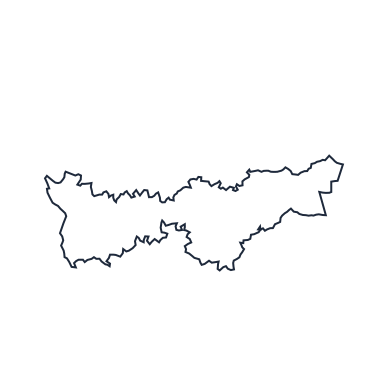 São Pedro do Iguaçu, Paraná, Brazil (Mercator projection), rotated 328°
{"feature_id": "56859067B95101539762084", "entity_name": "São Pedro do Iguaçu", "entity_type": "district", "adm_level": 2, "iso_a3": "BRA", "parent_name": "Brazil", "parent_adm1": "Paraná", "projection": "mercator", "projection_center": [-53.891, -24.887], "detail": "fine", "context": "isolated", "style": "outline", "palette": "slate", "viewbox_px": 384, "rotation_deg": 328, "n_neighbors": 0, "source": "geoboundaries", "source_scale": "gbopen_adm2", "svg_char_len": 3938}
<svg xmlns="http://www.w3.org/2000/svg" viewBox="0 0 384 384"><g transform="rotate(328 192 192)"><path d="M293.2,282.6L300.0,259.4L302.4,261.7L304.9,263.6L308.0,265.4L310.1,265.8L315.6,257.0L318.9,258.4L321.4,259.7L334.6,248.6L332.5,246.5L330.3,244.0L329.4,241.6L328.9,239.0L327.6,233.9L323.9,235.0L321.7,235.6L319.9,234.0L317.0,233.7L314.0,232.6L311.4,232.6L308.2,231.5L305.5,234.5L303.2,234.1L300.8,235.3L298.4,233.9L294.4,233.2L291.1,233.7L288.8,231.8L286.5,230.0L286.8,226.5L285.8,223.5L284.3,220.6L281.3,221.3L279.2,221.3L274.9,220.0L271.6,218.0L269.6,216.6L268.0,214.4L266.2,213.3L264.0,212.1L261.6,211.7L259.5,208.6L256.7,207.6L252.1,205.8L252.4,203.4L249.0,204.4L249.7,207.9L248.1,209.5L243.4,209.2L240.4,209.7L238.4,213.1L235.4,212.0L234.2,209.2L232.2,210.6L232.0,214.3L229.4,214.2L227.8,212.1L229.7,210.6L227.0,207.6L221.9,208.4L220.5,204.6L218.2,204.5L217.2,202.2L221.0,199.8L221.0,197.3L218.6,197.8L215.2,197.3L211.6,197.3L211.1,194.7L211.6,192.0L205.6,187.4L207.7,184.4L205.4,182.6L202.5,183.9L200.3,181.7L197.3,180.5L194.3,181.5L193.9,184.9L193.3,187.7L189.4,184.4L186.9,183.7L183.0,184.4L180.2,184.0L178.3,185.2L175.6,185.2L173.3,186.7L172.0,189.5L169.2,186.8L169.2,184.4L166.7,184.7L163.6,186.3L161.2,185.0L160.3,182.7L161.8,179.8L163.1,174.4L160.5,174.3L158.0,175.2L155.3,175.1L152.8,173.6L153.9,170.4L155.0,167.0L152.5,165.0L149.3,166.1L146.0,167.4L145.8,164.7L145.7,160.8L141.0,162.3L141.0,165.5L137.6,164.6L137.6,161.9L137.0,159.3L137.1,156.7L134.7,156.7L132.6,157.8L130.5,156.0L127.7,157.6L124.1,158.4L122.2,160.3L121.6,157.9L122.2,155.1L123.8,152.6L121.5,152.1L118.9,152.4L120.1,149.4L119.7,146.0L116.7,145.4L114.4,146.6L112.1,145.1L106.9,143.7L106.3,141.3L107.7,137.9L108.9,134.1L111.5,131.1L109.0,130.1L105.2,128.2L103.0,126.7L100.6,127.4L98.7,125.0L104.2,122.5L106.6,119.2L105.0,116.7L101.8,116.2L95.6,107.8L93.8,109.0L91.6,111.8L89.4,112.9L85.6,114.2L83.2,113.5L81.1,111.7L79.9,108.7L77.5,101.4L74.6,102.5L73.9,108.0L72.8,113.3L70.7,112.4L69.1,116.0L68.5,121.5L68.1,127.2L69.4,130.1L71.0,132.8L71.5,136.4L72.4,139.6L73.2,142.8L72.5,145.9L66.4,150.4L58.2,157.0L58.4,160.9L57.2,164.7L55.5,166.1L52.6,168.1L52.1,173.7L51.0,176.6L49.4,179.7L50.8,182.0L50.8,186.4L50.2,191.7L53.5,194.4L54.3,189.8L57.1,189.2L59.8,189.3L63.6,191.6L63.9,194.6L67.3,194.2L71.4,195.5L74.3,195.3L75.4,197.9L78.2,199.6L78.5,203.0L80.2,207.4L81.8,209.0L82.8,211.3L84.5,209.3L82.8,205.4L86.6,203.9L89.3,201.7L92.4,203.7L94.0,205.0L96.9,208.8L100.9,207.2L103.4,203.9L104.8,207.6L107.3,208.3L111.9,208.2L116.1,207.1L117.6,203.5L121.6,200.5L122.5,202.8L122.3,205.8L124.4,209.0L125.7,207.1L128.8,204.8L131.5,206.7L128.0,209.5L128.5,213.9L131.4,212.9L135.4,212.1L137.4,217.2L139.7,216.0L143.0,215.4L145.9,216.8L149.0,214.3L147.0,211.8L144.9,210.1L146.5,205.7L149.9,201.7L151.6,200.4L152.1,203.0L151.9,206.7L154.5,207.5L158.2,208.3L162.6,210.5L159.9,212.4L158.7,215.8L160.5,217.7L163.4,218.9L164.0,215.4L168.8,215.5L167.3,218.0L165.2,220.1L166.8,221.7L168.7,225.0L165.9,225.5L163.6,227.3L165.2,230.7L164.6,234.4L161.0,233.9L157.2,234.1L156.7,237.3L154.7,239.4L157.0,242.7L158.3,246.5L159.1,249.1L162.5,252.9L161.7,256.3L161.6,258.9L164.6,259.7L170.0,259.3L171.3,262.4L175.2,264.1L177.7,265.1L175.9,266.9L174.4,269.0L173.0,270.8L173.9,273.2L178.7,272.3L181.5,272.9L181.7,276.0L183.6,278.8L186.6,279.9L187.6,277.4L189.3,274.0L191.1,272.3L194.5,272.6L197.6,272.5L200.0,270.7L202.6,269.7L205.9,268.0L205.3,265.6L205.8,263.1L206.1,260.6L208.4,262.5L210.1,260.3L214.0,262.3L216.6,262.6L219.4,259.5L222.3,260.7L227.2,261.4L230.1,260.2L232.9,260.4L233.3,263.5L235.7,263.5L239.1,264.1L241.5,265.5L245.3,263.3L248.4,263.8L250.9,264.1L253.4,260.9L255.9,259.8L259.4,259.2L262.2,259.2L264.8,258.7L267.1,258.5L267.9,262.6L270.6,265.0L271.4,267.5L273.8,270.2L276.3,272.0L278.4,273.9L280.9,275.0L282.6,276.4L285.2,277.0L287.7,278.1L290.7,280.8L293.2,282.6ZM230.1,260.2L228.3,258.8L231.4,257.4L230.1,260.2Z" fill="none" stroke="#1e293b" stroke-width="2"/></g></svg>